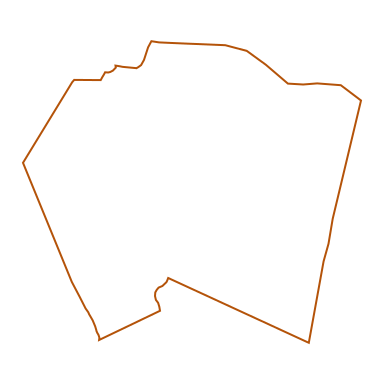 San Juan Bautista Jayacatlán, Oaxaca, Mexico
{"feature_id": "50627088B83375610183183", "entity_name": "San Juan Bautista Jayacatlán", "entity_type": "district", "adm_level": 2, "iso_a3": "MEX", "parent_name": "Mexico", "parent_adm1": "Oaxaca", "projection": "albers", "projection_center": [-96.822, 17.437], "detail": "fine", "context": "isolated", "style": "outline", "palette": "amber", "viewbox_px": 384, "rotation_deg": 0, "n_neighbors": 0, "source": "geoboundaries", "source_scale": "gbopen_adm2", "svg_char_len": 1058}
<svg xmlns="http://www.w3.org/2000/svg" viewBox="0 0 384 384"><path d="M287.9,83.6L265.9,64.8L246.8,50.9L225.3,45.2L199.1,44.1L188.6,43.7L172.3,43.0L172.2,43.0L159.1,42.4L151.4,41.2L150.9,42.1L148.1,47.3L145.3,55.9L144.0,59.9L141.1,65.1L138.2,67.2L137.1,67.8L136.9,67.9L136.5,68.2L136.0,68.1L135.9,68.1L124.1,67.0L122.3,66.8L120.9,66.5L119.9,66.3L119.2,66.2L118.8,66.1L116.8,65.8L115.5,65.6L115.8,67.6L112.8,70.7L111.5,71.3L110.5,71.9L110.2,72.0L108.2,72.5L105.1,72.3L104.9,72.7L104.2,74.0L103.4,75.4L102.4,77.0L100.7,80.1L74.2,79.9L72.2,82.2L23.0,162.8L71.8,281.9L79.5,296.5L85.6,308.5L88.3,312.3L89.1,314.2L91.1,317.6L92.7,320.4L95.2,326.4L96.3,330.1L96.5,331.1L97.5,333.3L98.3,334.5L98.9,336.1L99.4,337.8L99.1,340.0L160.0,310.8L159.3,306.7L158.1,302.8L155.9,299.9L155.0,296.0L155.3,292.4L156.7,289.9L158.6,287.6L162.4,286.0L164.6,283.9L166.4,282.2L167.1,280.8L168.2,278.0L308.8,342.8L323.6,261.3L328.5,243.8L332.7,218.8L339.6,190.0L349.6,148.2L361.0,100.5L340.8,85.2L317.2,83.4L303.2,84.5L287.9,83.6Z" fill="none" stroke="#b45309" stroke-width="2"/></svg>